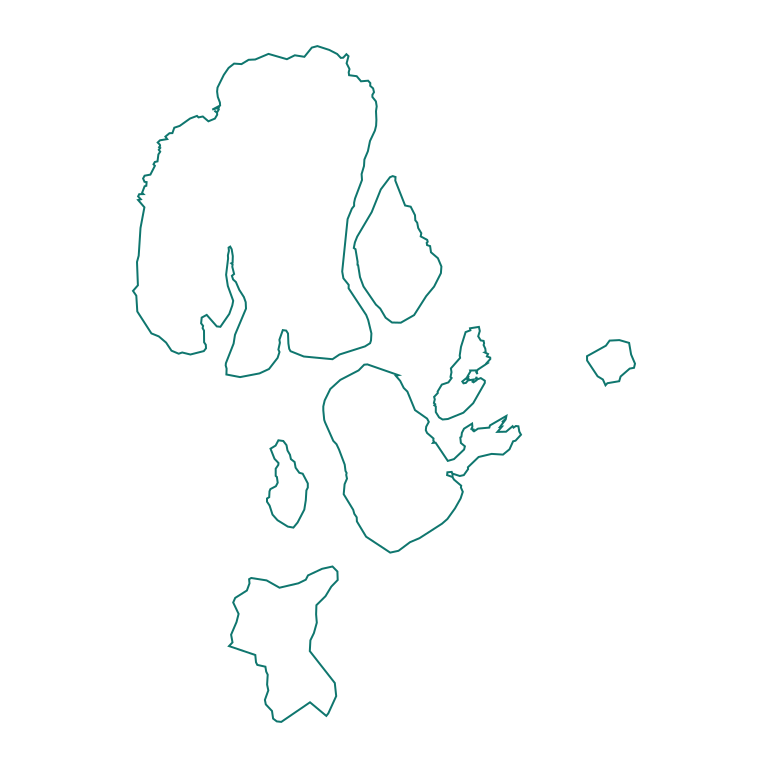 Skjervøy nor, Troms, Norway (Albers equal-area conic projection)
{"feature_id": "86288312B92584171254866", "entity_name": "Skjervøy nor", "entity_type": "district", "adm_level": 2, "iso_a3": "NOR", "parent_name": "Norway", "parent_adm1": "Troms", "projection": "albers", "projection_center": [20.765, 70.027], "detail": "fine", "context": "isolated", "style": "outline", "palette": "teal", "viewbox_px": 768, "rotation_deg": 0, "n_neighbors": 0, "source": "geoboundaries", "source_scale": "gbopen_adm2", "svg_char_len": 6098}
<svg xmlns="http://www.w3.org/2000/svg" viewBox="0 0 768 768"><path d="M317.4,46.1L311.8,47.6L304.4,56.8L294.8,55.3L286.9,59.2L268.5,53.9L255.2,59.5L248.6,59.8L241.5,64.1L234.1,63.6L228.6,67.9L223.8,74.9L217.5,87.6L217.1,91.6L217.8,96.9L219.9,102.5L220.1,105.5L212.3,109.6L218.8,107.6L218.3,109.3L218.7,109.6L217.1,112.4L214.4,110.7L217.0,112.7L217.2,114.7L214.9,118.6L208.4,121.3L202.8,116.5L198.5,117.4L197.0,115.9L190.1,118.5L179.7,125.9L174.3,127.7L172.4,133.1L169.5,133.2L165.4,136.6L167.2,139.1L160.0,140.3L157.7,142.5L159.8,144.6L160.1,145.9L159.1,147.2L160.2,148.0L158.8,149.8L160.2,151.7L158.4,154.4L157.5,161.4L154.8,162.0L153.5,164.3L154.9,165.8L150.4,174.6L144.6,175.7L143.1,178.5L144.5,181.8L146.6,182.1L146.3,185.8L144.6,186.3L142.1,192.8L143.4,194.1L139.2,194.2L138.1,196.4L140.8,199.3L138.1,200.0L144.4,207.3L140.5,228.0L138.7,255.7L137.0,262.0L137.9,285.3L133.0,290.9L136.3,295.7L137.3,311.5L151.4,333.4L158.8,336.4L166.1,342.6L171.5,350.7L178.7,353.7L182.2,352.5L190.4,354.5L203.8,351.1L206.0,348.3L205.8,344.8L204.1,342.3L204.0,330.6L202.6,328.1L203.1,325.9L201.1,323.3L201.7,317.6L206.7,314.9L216.8,326.4L220.4,326.8L229.3,313.9L232.3,305.4L233.2,300.8L227.8,285.9L226.1,274.8L228.1,258.4L227.9,255.4L228.9,250.9L228.6,247.6L230.2,246.6L231.7,249.3L232.8,256.1L232.6,262.7L231.3,263.3L232.6,264.5L232.3,266.8L234.1,274.0L231.9,275.8L233.1,279.5L235.9,282.0L239.3,289.9L243.9,297.1L245.7,302.2L246.0,308.6L235.0,334.8L233.6,343.6L225.9,363.2L225.7,365.5L226.6,368.6L226.4,374.5L240.1,377.1L259.5,373.4L269.0,369.0L277.6,357.9L279.5,352.0L278.4,349.6L279.9,342.8L279.4,339.8L282.8,330.1L286.2,330.6L288.0,333.5L288.4,343.5L289.2,348.8L290.5,351.2L303.8,356.5L332.5,359.2L339.5,354.5L365.0,346.4L370.1,343.2L371.0,340.4L371.4,333.4L368.2,320.1L366.2,315.0L348.6,288.3L348.7,284.9L343.4,278.3L342.2,271.5L347.6,219.1L351.9,208.6L354.1,205.9L354.1,202.8L355.0,198.6L362.0,180.0L361.6,174.1L364.0,166.0L364.4,159.5L367.9,151.2L370.0,141.0L374.9,130.6L376.1,125.7L376.4,119.9L376.0,111.2L376.7,106.4L375.9,101.4L372.4,97.0L372.4,94.8L374.0,92.2L373.1,88.4L370.2,85.8L370.3,83.1L368.1,80.7L361.0,81.3L356.7,76.2L349.1,75.2L348.7,72.3L349.5,69.1L346.6,63.3L348.5,56.2L346.4,54.2L343.2,57.7L340.8,57.9L337.2,54.0L329.2,49.9L317.4,46.1ZM398.5,375.2L367.4,364.4L364.2,364.7L358.6,370.4L340.3,379.9L330.3,389.0L324.7,400.4L323.3,406.4L323.3,410.4L324.2,419.8L325.0,422.2L333.3,440.9L336.5,444.2L339.0,449.5L344.7,464.6L345.5,470.9L346.6,473.0L346.2,474.9L347.0,478.6L344.6,484.2L343.7,494.2L353.2,509.8L354.3,513.8L356.7,517.3L356.9,521.4L366.1,536.7L390.2,552.6L398.5,550.8L410.0,542.2L419.6,538.1L442.0,523.7L447.4,519.0L455.0,508.4L460.6,498.5L462.8,491.8L460.9,487.5L461.2,485.7L454.0,479.6L452.5,477.1L452.7,475.3L452.2,476.9L447.1,475.1L447.4,472.3L451.7,471.9L452.7,475.0L452.8,473.7L459.8,476.0L463.8,475.1L468.1,469.1L467.9,467.3L478.6,457.0L491.6,453.9L503.0,454.6L509.5,449.3L513.1,441.3L515.5,440.7L521.0,434.7L519.3,431.6L518.4,426.3L515.9,426.0L513.5,427.6L512.6,426.2L506.1,431.7L497.4,431.9L501.9,426.7L500.0,426.9L504.2,421.4L502.0,422.2L505.9,418.5L506.4,415.9L490.0,425.4L489.3,427.6L478.1,428.6L474.0,431.3L472.8,430.4L473.4,429.5L471.4,428.9L472.4,426.8L472.1,423.6L464.0,428.7L461.9,432.8L461.4,436.7L460.3,437.5L460.9,443.0L464.9,446.3L464.1,449.5L454.0,459.1L447.8,460.9L435.6,442.7L432.9,442.9L433.9,441.4L433.3,440.3L433.5,438.5L427.1,433.0L425.8,430.2L426.2,426.7L428.8,421.9L427.1,418.6L415.0,410.1L407.4,391.6L403.7,387.9L400.2,380.9L395.8,375.8L398.5,375.2ZM326.3,715.9L328.3,713.4L336.2,696.1L334.8,683.0L309.8,651.1L310.4,640.3L313.9,633.1L316.8,622.7L316.1,614.3L316.4,605.2L325.5,596.2L331.3,586.6L337.7,580.0L337.4,571.5L332.5,566.5L322.1,568.8L308.0,575.4L305.8,579.7L298.4,583.3L279.5,587.7L266.6,580.4L251.2,578.0L249.1,579.2L249.5,583.4L246.9,590.5L235.2,597.9L233.2,602.5L238.6,613.9L236.5,622.1L231.1,634.7L232.5,642.4L229.0,646.1L255.3,655.0L256.0,662.3L257.3,664.9L265.4,666.7L266.2,671.6L267.7,674.7L267.1,684.6L268.3,690.4L264.9,699.9L265.8,704.4L272.0,711.0L273.1,718.6L276.8,721.4L281.3,721.9L310.0,702.3L326.3,715.9ZM427.2,239.9L420.7,236.4L421.3,233.2L418.2,228.0L417.2,222.7L415.3,220.3L415.0,215.2L410.7,206.7L405.1,205.5L395.3,180.6L395.5,177.0L392.7,176.1L390.0,177.2L380.8,189.4L371.7,212.1L357.2,236.6L354.9,242.4L353.8,248.0L355.5,249.2L357.6,261.8L357.5,264.8L358.1,265.1L360.0,277.1L363.5,286.5L375.9,304.6L380.3,308.7L385.6,317.7L392.0,322.5L400.8,322.7L414.1,315.1L426.2,296.1L434.1,286.6L440.9,273.2L441.4,266.5L437.9,258.2L431.0,252.3L430.1,246.1L427.1,245.1L426.7,242.8L427.7,241.8L427.2,239.9ZM480.7,340.4L478.2,336.3L479.8,331.0L478.9,326.9L470.0,328.3L470.4,330.3L465.6,332.1L461.0,346.8L459.7,355.6L460.1,357.9L450.9,368.4L451.5,372.2L450.5,377.0L451.6,378.0L448.4,382.4L441.8,384.6L437.6,391.6L437.8,393.0L434.1,396.9L434.8,399.3L433.9,403.0L435.2,404.2L434.3,405.3L435.8,406.4L435.8,412.1L439.1,417.4L442.6,419.5L447.9,419.0L463.4,412.7L473.2,403.2L484.8,382.9L484.8,380.7L480.8,378.1L476.8,379.5L476.6,376.9L476.0,378.3L476.5,380.3L473.5,382.3L472.5,381.7L473.7,379.5L469.2,380.2L468.4,378.3L467.2,379.3L468.1,380.3L465.9,382.9L463.5,383.3L462.3,381.5L468.1,376.7L467.5,376.4L470.5,371.3L470.2,370.5L476.9,370.4L476.2,372.0L477.4,374.1L476.7,371.7L477.7,369.7L487.5,363.2L486.7,363.0L490.3,359.0L490.2,357.6L486.9,356.4L488.0,354.0L484.7,352.4L485.7,352.0L485.3,348.7L483.6,345.0L484.1,343.3L483.6,340.9L480.7,340.4ZM293.4,527.6L297.6,522.5L304.3,509.6L305.8,500.2L306.4,490.4L307.8,487.6L307.8,483.4L302.7,473.7L299.3,472.8L295.6,467.7L294.6,462.0L290.9,459.1L290.0,454.8L287.5,450.5L286.5,445.2L283.3,441.0L278.4,440.3L275.6,445.6L270.5,448.7L274.5,458.8L278.5,463.0L278.3,464.9L275.7,468.7L275.7,475.9L276.9,477.0L277.7,482.7L275.9,486.2L270.4,489.1L269.5,491.3L269.2,497.2L267.0,498.5L267.0,501.7L269.6,505.6L272.5,514.6L277.5,520.2L287.8,526.6L293.4,527.6ZM607.4,383.2L619.2,381.2L620.6,376.5L629.7,368.6L634.0,367.8L635.0,363.7L631.1,354.5L629.1,342.9L619.4,340.1L609.6,340.6L605.9,345.7L587.0,356.2L587.1,360.5L597.6,376.3L602.9,379.5L605.5,385.3L607.4,383.2Z" fill="none" stroke="#0f766e" stroke-width="2"/></svg>